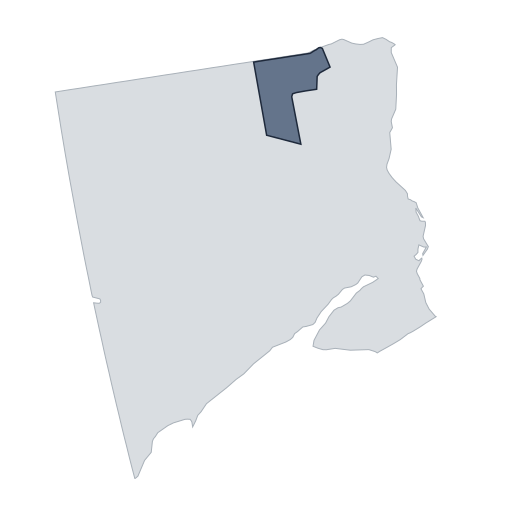 Siwa, Matruh, Egypt shown in context, rotated 81°
{"feature_id": "37247803B75450946768070", "entity_name": "Siwa", "entity_type": "district", "adm_level": 2, "iso_a3": "EGY", "parent_name": "Egypt", "parent_adm1": "Matruh", "projection": "albers", "projection_center": [25.471, 28.699], "detail": "fine", "context": "in_parent", "style": "filled", "palette": "slate", "viewbox_px": 512, "rotation_deg": 81, "n_neighbors": 0, "source": "geoboundaries", "source_scale": "gbopen_adm2", "svg_char_len": 3502}
<svg xmlns="http://www.w3.org/2000/svg" viewBox="0 0 512 512"><g transform="rotate(81 256 256)"><path d="M456.7,410.5L445.9,411.6L435.1,412.6L424.2,413.5L413.4,414.5L402.5,415.4L391.6,416.2L380.8,417.1L369.9,417.9L359.1,418.7L348.2,419.4L337.3,420.2L326.5,420.9L315.6,421.5L304.7,422.2L293.8,422.8L283.0,423.4L276.8,423.7L277.7,420.5L278.2,418.2L277.4,416.7L275.3,416.4L273.9,417.0L271.0,423.7L269.3,424.1L265.4,424.3L252.8,424.8L240.1,425.4L227.4,425.9L214.7,426.3L202.1,426.7L189.4,427.1L176.7,427.4L164.0,427.7L151.3,428.0L138.7,428.2L126.0,428.4L113.3,428.5L100.6,428.6L87.9,428.6L75.3,428.6L62.6,428.6L62.6,420.7L62.6,412.7L62.7,404.8L62.7,396.8L62.7,388.9L62.8,380.9L62.8,372.9L62.8,365.0L62.9,357.0L62.9,349.1L62.9,341.1L63.0,333.1L63.0,325.2L63.0,317.2L63.1,309.2L63.1,301.2L63.1,293.2L63.2,285.3L63.2,277.3L63.2,269.3L63.3,261.3L63.3,253.3L63.3,245.3L63.4,237.4L63.4,229.4L63.4,221.4L63.5,213.4L63.5,205.4L63.5,197.4L63.6,189.4L63.6,181.4L63.6,173.5L63.4,172.0L61.7,166.5L60.1,159.6L58.5,151.1L58.3,148.4L55.5,139.6L55.3,137.2L56.0,135.4L60.7,128.1L62.1,124.5L63.3,120.2L63.7,116.7L62.3,111.4L60.8,106.6L60.3,101.7L60.1,96.9L62.4,93.6L65.3,90.5L66.3,88.6L68.0,86.5L69.1,85.5L71.4,89.8L76.2,90.6L91.7,86.7L108.8,90.5L118.3,91.9L132.9,95.0L141.9,100.7L144.3,101.4L150.7,101.2L155.0,104.6L171.7,105.8L180.7,109.4L185.9,112.3L188.9,113.2L191.6,113.0L195.2,111.7L199.7,109.4L204.6,106.2L214.6,98.2L218.2,96.7L220.6,97.0L223.5,96.8L224.6,94.6L226.1,93.1L226.9,91.5L228.4,89.5L233.7,88.7L244.3,84.9L243.2,86.5L233.6,90.7L237.8,91.0L242.0,89.5L246.8,88.5L247.6,86.8L248.1,83.8L249.1,83.4L252.4,83.8L262.7,87.9L265.2,87.8L272.1,85.0L273.6,84.3L276.0,85.6L281.5,91.0L279.7,91.0L273.8,86.4L273.4,88.9L270.5,93.4L274.6,95.0L277.8,95.5L279.7,97.8L280.9,99.9L284.1,98.8L286.2,95.8L284.9,94.2L284.0,92.6L285.1,92.5L287.3,93.7L294.0,98.9L296.2,99.9L298.7,99.5L303.8,97.7L305.2,97.8L312.0,95.4L313.0,96.8L314.2,98.2L319.7,96.2L328.5,95.6L335.5,93.3L343.5,88.4L344.1,87.6L344.6,88.7L345.8,91.6L348.9,99.0L351.6,104.7L354.9,112.7L356.0,115.8L356.5,118.0L361.2,126.7L364.1,133.9L366.3,139.8L369.4,148.4L370.7,151.4L369.1,153.2L366.1,159.2L363.8,177.6L359.6,192.3L359.6,201.2L359.0,204.5L356.8,209.2L354.1,213.8L348.4,211.9L338.9,204.8L333.2,197.8L327.3,193.4L321.7,187.4L319.9,183.0L319.8,180.0L317.1,173.1L315.1,169.8L308.3,162.7L306.2,158.7L304.7,157.0L303.2,154.6L300.3,144.9L297.4,138.8L294.7,140.7L295.3,143.3L293.0,147.1L291.8,151.4L293.1,154.7L298.6,159.7L299.8,161.9L301.3,166.8L301.5,173.5L302.5,175.8L306.7,180.6L308.3,183.4L309.3,186.0L310.8,188.2L314.9,192.3L321.1,200.3L326.8,205.5L330.8,208.0L332.6,210.6L333.4,217.5L333.4,220.9L337.2,226.9L338.7,230.0L342.1,232.4L343.9,235.2L345.6,239.9L348.7,254.0L351.8,257.3L362.1,275.3L370.5,286.5L374.8,295.0L381.3,305.3L394.1,328.0L401.3,334.7L404.3,338.5L409.3,341.3L414.9,345.3L409.9,345.3L408.7,345.7L407.0,346.6L406.4,349.4L406.2,351.7L407.9,363.6L409.7,369.5L415.1,380.6L418.6,383.7L420.4,385.8L422.8,387.3L433.5,390.2L440.4,398.0L455.0,407.1L456.7,409.9L456.7,410.5Z" fill="#d9dde1" stroke="#a8b0b8" stroke-width="1"/><path d="M138.4,226.6L152.6,194.2L104.3,195.8L101.5,194.5L100.9,190.6L100.7,181.0L100.8,170.0L88.2,167.5L86.5,165.9L85.0,164.1L81.0,153.3L61.3,158.0L60.9,158.7L60.2,159.5L60.2,159.8L60.1,160.5L60.2,161.4L60.2,161.6L60.9,162.9L61.7,164.3L62.2,165.9L62.8,167.4L63.3,168.5L64.3,170.8L64.3,173.8L64.3,181.6L64.2,190.3L64.2,201.0L64.1,216.1L64.1,219.9L64.1,228.0L138.4,226.6Z" fill="#64748b" stroke="#1e293b" stroke-width="1.5"/></g></svg>